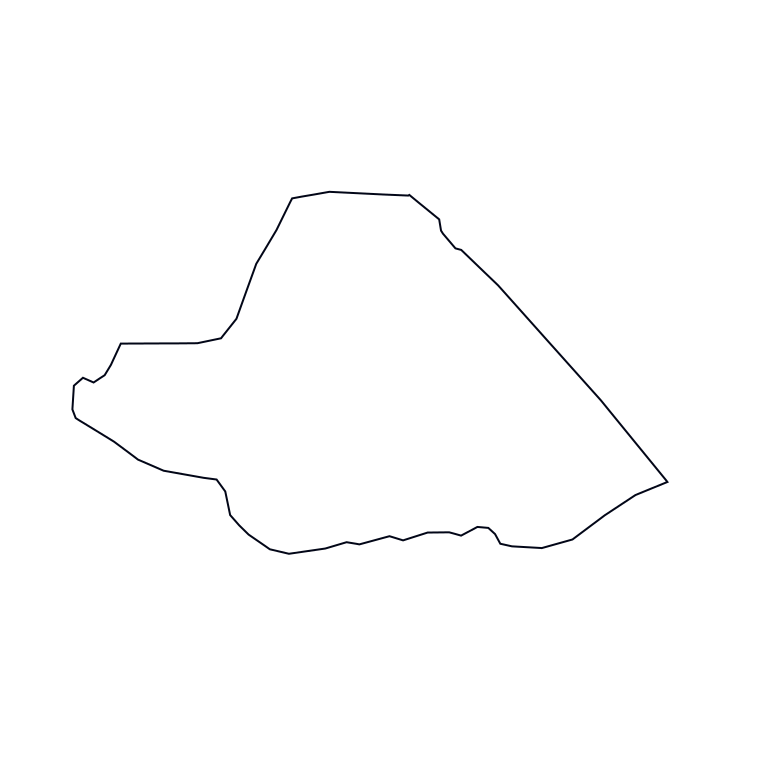 the district of Boe & Quilla, Nimba, Liberia, rotated 285°
{"feature_id": "62588387B21067170743113", "entity_name": "Boe & Quilla", "entity_type": "district", "adm_level": 2, "iso_a3": "LBR", "parent_name": "Liberia", "parent_adm1": "Nimba", "projection": "natural_earth1", "projection_center": [-8.658, 6.778], "detail": "fine", "context": "isolated", "style": "outline", "palette": "ink", "viewbox_px": 768, "rotation_deg": 285, "n_neighbors": 0, "source": "geoboundaries", "source_scale": "gbopen_adm2", "svg_char_len": 1311}
<svg xmlns="http://www.w3.org/2000/svg" viewBox="0 0 768 768"><g transform="rotate(285 384 384)"><path d="M364.1,681.3L381.1,657.7L391.4,643.4L415.4,610.1L424.3,597.8L467.8,531.3L508.8,468.7L517.7,452.5L533.5,423.9L533.5,417.9L544.5,402.0L546.0,400.4L546.9,399.4L557.3,394.7L567.9,371.1L573.2,359.5L572.3,358.7L567.0,334.9L565.6,328.4L564.2,321.9L555.5,281.5L549.1,267.8L543.6,255.8L539.5,247.2L535.3,246.3L525.2,244.3L504.9,240.3L483.3,234.2L467.0,229.5L463.3,229.2L437.7,227.0L408.8,224.6L388.5,215.8L386.0,214.8L375.1,193.2L369.7,173.7L368.8,170.3L354.9,119.3L336.6,116.1L331.9,115.3L320.2,111.9L316.1,108.2L310.3,103.1L312.1,91.6L302.1,84.9L296.7,86.0L278.8,89.6L271.3,95.0L270.2,98.4L269.8,99.7L264.8,116.7L258.4,138.2L250.8,157.3L248.1,164.0L247.3,165.9L243.6,190.9L243.2,193.6L245.0,214.5L246.7,234.1L248.4,247.0L245.1,251.1L239.1,258.5L217.6,269.3L210.0,280.7L203.5,292.2L196.6,311.6L194.8,316.5L195.3,332.6L195.4,336.1L209.9,369.9L221.5,388.8L222.5,398.9L222.7,401.7L235.1,423.0L238.4,428.7L238.3,431.9L237.9,442.9L251.8,464.6L256.7,482.1L257.6,485.5L257.6,490.9L257.5,497.7L270.1,511.2L272.0,522.0L267.8,530.1L259.8,537.7L260.3,549.6L266.2,578.0L266.3,578.8L282.6,606.3L286.3,609.2L314.3,631.2L341.8,655.6L352.7,669.9L362.7,683.1L364.1,681.3Z" fill="none" stroke="#020617" stroke-width="2"/></g></svg>